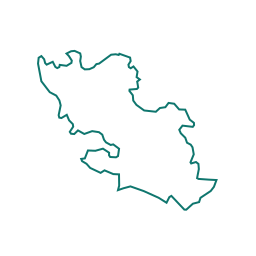 map outline of Buckinghamshire (Mercator projection), rotated 161°
{"feature_id": "GBR-2040", "entity_name": "Buckinghamshire", "entity_type": "Administrative County", "adm_level": 1, "iso_a3": "GBR", "parent_name": "United Kingdom", "parent_adm1": "", "projection": "mercator", "projection_center": [-0.785, 51.775], "detail": "fine", "context": "isolated", "style": "outline", "palette": "teal", "viewbox_px": 256, "rotation_deg": 161, "n_neighbors": 0, "source": "natural_earth", "source_scale": "10m", "svg_char_len": 1730}
<svg xmlns="http://www.w3.org/2000/svg" viewBox="0 0 256 256"><g transform="rotate(161 128 128)"><path d="M115.9,44.8L121.8,52.1L133.6,63.2L144.7,72.0L151.9,72.5L157.7,72.5L155.1,76.4L151.6,87.1L156.9,89.2L164.0,95.6L168.5,94.5L176.8,102.6L178.9,107.7L182.2,111.6L182.3,114.0L178.7,113.3L173.2,119.8L166.3,117.1L158.4,116.6L153.9,110.8L154.8,108.4L154.3,106.4L148.9,104.2L146.6,104.7L143.2,111.3L147.3,117.3L149.9,117.6L153.5,121.6L154.5,124.7L154.5,130.1L156.8,133.5L162.9,136.7L171.3,136.6L176.1,142.0L180.8,139.8L183.7,141.1L184.3,143.3L179.4,147.1L178.9,149.6L181.2,154.4L181.6,160.4L187.7,159.1L189.6,160.2L189.4,162.7L184.3,171.3L183.9,176.4L185.3,182.0L190.3,187.3L194.7,200.4L192.1,218.2L189.6,223.5L186.5,224.2L184.9,220.3L185.2,216.4L184.3,214.4L177.6,215.1L176.8,209.4L175.4,207.7L173.1,208.0L172.0,209.9L165.8,206.8L160.3,208.0L159.2,210.0L160.5,215.4L161.9,218.4L156.8,219.1L153.4,218.3L148.9,214.1L149.3,210.9L151.4,206.9L152.1,200.7L149.8,197.5L145.4,196.2L140.6,196.6L137.1,198.7L134.4,198.3L120.1,202.8L115.6,201.7L113.0,200.1L112.0,201.0L103.1,193.9L103.7,190.4L107.0,187.7L107.3,185.3L106.0,183.6L102.8,184.4L100.6,178.3L103.3,173.3L101.0,170.0L104.2,168.9L105.2,162.9L106.9,162.0L114.0,163.8L114.6,162.6L112.8,157.4L114.1,152.2L112.5,147.1L107.0,139.3L96.4,134.3L91.3,136.5L85.9,135.5L81.5,138.5L76.4,135.9L73.6,128.9L67.9,126.7L66.9,115.8L64.0,111.4L64.6,109.2L66.4,108.0L75.7,112.5L80.1,109.6L79.8,105.8L77.0,100.1L77.0,94.9L74.1,91.8L73.3,88.7L74.4,81.7L80.1,75.2L79.8,73.9L74.8,73.7L73.1,71.1L74.4,66.1L79.0,58.1L77.9,56.9L68.0,52.7L61.3,50.0L65.9,44.4L70.3,41.5L82.2,38.4L84.9,34.8L91.3,35.3L99.5,31.8L101.3,32.5L109.1,49.7L111.4,49.2L115.9,44.8Z" fill="none" stroke="#0f766e" stroke-width="2"/></g></svg>